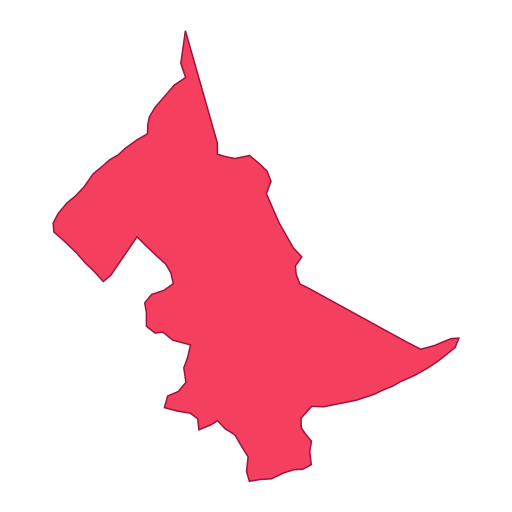 the district of Cortês, Pernambuco, Brazil
{"feature_id": "56859067B35523220446037", "entity_name": "Cortês", "entity_type": "district", "adm_level": 2, "iso_a3": "BRA", "parent_name": "Brazil", "parent_adm1": "Pernambuco", "projection": "albers", "projection_center": [-35.53, -8.422], "detail": "fine", "context": "isolated", "style": "filled", "palette": "rose", "viewbox_px": 512, "rotation_deg": 0, "n_neighbors": 0, "source": "geoboundaries", "source_scale": "gbopen_adm2", "svg_char_len": 1412}
<svg xmlns="http://www.w3.org/2000/svg" viewBox="0 0 512 512"><path d="M185.4,30.7L180.8,63.4L185.6,77.5L174.6,84.8L155.0,107.4L149.3,117.0L147.7,125.3L147.5,133.8L137.0,139.8L124.8,148.7L118.4,154.7L109.6,159.8L102.5,166.1L93.2,173.8L84.0,186.9L75.4,196.0L67.1,202.8L58.2,213.4L53.1,223.2L53.9,232.0L62.8,239.8L76.7,253.1L84.8,262.4L94.1,271.4L103.3,281.5L110.9,275.2L137.0,236.8L145.5,245.3L156.9,256.1L165.7,264.1L170.8,272.7L173.3,283.6L163.9,290.4L151.8,294.3L144.7,302.9L146.4,312.7L146.4,326.3L155.1,333.1L162.8,332.1L172.8,340.2L190.5,344.9L187.6,357.6L183.8,367.9L185.9,382.4L178.2,391.5L167.7,396.0L164.4,407.6L177.5,411.1L190.2,413.2L197.7,418.7L198.9,429.8L211.2,424.7L217.6,420.7L225.2,428.8L234.8,434.8L241.6,446.4L248.1,456.9L246.5,471.5L249.4,481.3L260.1,479.5L271.4,478.8L283.1,473.1L293.8,469.7L302.6,469.3L311.3,464.7L309.7,451.1L311.5,441.3L305.9,434.5L301.3,428.0L301.0,418.2L311.8,406.3L323.6,406.8L332.8,404.9L356.0,400.3L364.5,397.5L374.2,394.3L382.6,390.2L393.1,385.9L400.3,381.7L407.5,378.6L415.6,374.9L427.7,368.0L437.9,361.2L448.7,352.7L455.1,347.5L458.9,338.1L451.2,338.6L443.6,341.6L434.9,345.4L420.7,349.2L405.9,341.6L308.9,288.4L300.0,284.0L296.2,274.7L295.4,265.9L301.8,256.9L293.4,248.0L279.3,223.2L266.4,193.7L271.0,181.4L267.2,171.3L260.9,165.1L249.6,155.5L234.8,158.5L225.8,156.7L217.4,154.2L217.4,143.1L185.4,30.7Z" fill="#f43f5e" stroke="#9f1239" stroke-width="1.5"/></svg>